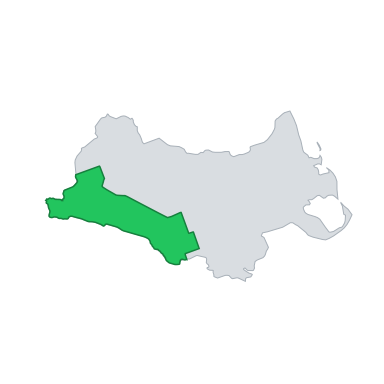 location of Chardzhou within Turkmenistan, rotated 160°
{"feature_id": "TKM-359", "entity_name": "Chardzhou", "entity_type": "Province", "adm_level": 1, "iso_a3": "TKM", "parent_name": "Turkmenistan", "parent_adm1": "", "projection": "equal_earth", "projection_center": [63.989, 39.075], "detail": "fine", "context": "in_parent", "style": "filled", "palette": "green", "viewbox_px": 384, "rotation_deg": 160, "n_neighbors": 0, "source": "natural_earth", "source_scale": "10m", "svg_char_len": 6492}
<svg xmlns="http://www.w3.org/2000/svg" viewBox="0 0 384 384"><g transform="rotate(160 192 192)"><path d="M118.8,127.9L134.8,128.8L139.7,129.5L141.8,127.2L141.7,126.6L141.0,126.1L139.9,124.5L139.1,113.9L140.6,112.3L142.2,111.2L144.7,107.9L145.9,106.9L147.8,106.0L153.9,105.8L156.5,105.1L158.8,101.3L159.3,99.1L161.0,97.4L161.9,97.4L166.0,98.9L166.9,99.7L168.2,102.5L169.8,102.3L170.0,101.8L169.8,101.2L168.7,99.5L166.2,96.3L163.8,94.4L163.6,93.7L165.8,92.1L170.1,92.8L171.2,92.3L172.4,89.8L178.0,95.4L179.0,96.0L183.6,96.7L184.4,97.5L185.8,100.8L187.4,101.7L189.3,102.3L197.4,102.4L199.9,104.6L200.3,105.1L199.8,106.7L199.6,109.6L198.9,110.8L199.3,111.3L202.2,112.5L203.9,114.5L204.0,115.3L203.5,115.8L202.2,115.6L201.5,116.4L201.5,118.0L202.4,119.4L202.7,120.8L201.2,123.9L201.2,125.2L201.6,125.9L208.9,130.6L210.0,130.7L217.2,129.9L218.5,130.4L224.7,131.4L226.4,131.3L227.6,129.8L228.8,129.2L229.9,129.1L232.8,130.1L235.9,132.1L238.0,134.0L239.0,135.6L241.7,144.8L243.6,148.6L245.8,150.5L247.3,154.1L248.6,162.0L249.5,163.6L252.8,166.8L270.2,179.6L275.4,185.4L283.6,191.0L286.6,190.4L293.0,196.3L297.0,198.6L302.3,202.2L313.3,210.3L315.7,210.6L318.3,209.5L320.7,210.1L324.8,212.2L329.3,215.4L333.1,216.4L334.2,217.8L334.3,218.6L332.2,222.5L331.9,227.6L332.2,234.4L331.2,234.5L323.7,232.6L316.6,228.4L314.9,229.8L314.1,231.2L312.3,237.1L302.7,237.4L297.1,240.3L292.0,259.6L290.8,262.0L287.7,265.1L282.2,268.2L281.3,269.5L281.1,270.6L280.4,271.0L277.4,271.0L265.7,275.2L263.2,275.2L262.1,275.6L261.7,276.3L263.0,280.2L261.9,281.3L261.2,283.2L260.6,286.6L252.9,291.9L251.3,292.5L248.2,292.0L246.6,292.5L244.9,294.2L244.2,293.7L243.8,292.0L243.0,290.9L238.2,286.7L232.7,287.3L230.7,287.0L229.0,286.3L226.5,283.8L225.0,281.5L223.2,281.8L222.8,280.7L222.7,279.4L223.2,277.9L223.1,275.0L222.2,272.9L221.1,272.0L222.4,268.6L222.4,266.1L221.6,263.4L221.4,259.5L221.6,255.6L220.6,253.7L204.5,253.8L198.9,244.9L196.6,242.8L188.6,239.1L186.5,237.0L184.7,234.8L184.3,231.8L183.5,230.0L182.2,229.7L176.0,226.2L173.5,225.3L170.1,226.2L168.1,225.2L165.7,226.5L164.7,226.6L162.1,225.8L159.1,222.6L156.5,221.3L151.0,219.3L147.1,218.7L143.7,217.5L143.3,217.0L143.3,214.3L142.9,213.2L141.9,211.9L140.6,210.9L134.7,211.0L132.0,210.0L129.9,209.8L125.2,210.0L123.7,210.7L122.7,211.6L122.1,214.2L121.6,214.6L117.0,214.6L107.4,214.0L103.2,215.4L96.8,219.4L93.1,222.8L92.0,224.3L89.6,230.3L88.6,231.1L87.3,231.8L86.1,231.9L80.2,234.3L78.0,234.9L72.3,234.6L71.3,225.7L71.1,218.7L72.2,209.0L72.2,202.8L73.5,193.4L73.3,191.1L70.6,187.0L70.3,184.1L68.5,184.0L65.7,181.5L63.0,180.6L61.5,180.6L60.2,181.2L59.2,182.6L58.6,180.4L58.8,178.2L61.3,173.4L62.6,174.8L64.3,175.4L68.7,175.1L68.3,173.5L66.2,171.8L65.8,169.7L66.1,167.5L66.8,165.4L66.2,164.6L65.2,164.0L62.8,164.1L56.7,163.3L55.9,165.8L57.4,169.0L54.8,165.3L53.1,161.5L52.1,157.1L52.2,152.4L54.9,144.8L57.3,135.4L59.5,139.3L61.1,141.1L64.8,142.2L66.7,141.9L68.7,140.9L70.6,141.2L73.4,145.3L75.5,145.7L80.0,144.2L82.1,143.8L83.9,144.5L85.8,144.6L85.1,142.7L84.8,140.8L86.0,139.8L89.4,140.9L92.3,139.8L92.8,139.3L93.1,137.7L92.9,134.6L92.3,133.2L90.8,131.3L84.8,126.8L82.8,125.0L81.2,122.7L78.8,113.6L77.0,107.7L76.1,107.0L72.6,106.5L65.7,108.0L63.3,107.7L62.1,108.3L59.2,110.7L57.8,112.8L55.7,117.7L57.0,119.2L55.5,127.4L55.9,130.9L55.7,131.1L53.9,126.8L51.3,122.5L49.4,115.9L53.7,111.6L57.4,108.5L61.2,106.2L65.2,104.7L74.0,102.3L78.9,101.5L82.8,101.3L85.7,102.8L93.6,108.1L97.0,111.0L97.9,112.2L98.8,115.1L104.3,124.3L105.7,125.7L107.8,128.6L110.0,129.5L118.8,127.9ZM57.6,195.0L57.4,196.3L56.4,192.5L56.1,188.3L56.9,187.2L57.6,187.2L56.8,188.7L57.6,195.0Z" fill="#d9dde1" stroke="#a8b0b8" stroke-width="1"/><path d="M325.1,233.7L324.8,233.7L324.4,233.4L324.1,233.1L323.5,232.3L323.1,231.9L318.5,230.1L318.1,229.8L317.9,229.6L317.7,229.4L317.4,228.5L317.2,228.4L316.8,228.3L316.5,228.2L316.5,228.6L316.3,229.3L316.1,229.5L315.2,229.5L314.9,229.6L314.6,229.8L314.4,230.0L314.2,230.5L313.9,231.0L313.7,231.6L313.6,232.2L313.8,233.4L313.8,234.0L313.7,234.5L313.5,234.9L312.9,235.5L311.9,236.9L311.2,237.3L310.9,237.3L302.2,237.6L300.7,238.1L296.9,240.2L296.3,240.7L295.9,241.4L295.8,242.5L296.2,244.5L296.3,245.6L296.1,246.5L295.3,248.0L290.5,248.0L286.3,248.0L280.5,248.0L275.6,248.0L270.7,248.0L270.1,247.9L269.9,247.1L269.7,234.6L270.5,233.8L270.9,233.4L271.7,232.1L274.5,228.3L274.2,227.1L271.5,223.5L264.4,215.1L263.0,214.3L258.3,212.3L256.2,211.5L254.4,209.8L247.9,202.6L231.3,184.4L227.5,180.3L224.4,177.0L223.7,176.3L219.6,176.0L210.2,176.7L209.3,176.6L209.2,176.4L209.2,171.5L209.2,163.0L209.2,154.9L209.1,154.6L209.1,154.3L208.8,154.2L204.8,154.1L204.5,154.0L204.4,153.9L204.4,153.6L204.6,136.4L219.4,136.4L219.6,135.8L219.8,135.4L219.9,130.9L219.9,130.4L220.0,130.2L220.2,130.5L220.3,130.7L221.5,130.5L221.8,130.5L223.9,132.0L224.7,132.3L225.5,132.3L226.2,131.9L226.7,131.3L227.1,130.5L227.6,130.2L227.8,129.3L228.1,128.7L228.6,128.5L229.3,128.6L231.3,129.1L233.0,129.8L237.5,133.1L237.9,133.6L239.3,136.0L239.5,136.5L239.6,137.0L239.6,138.9L239.7,139.3L239.5,139.5L239.7,140.0L240.4,142.2L240.6,143.4L240.7,144.0L241.0,144.3L241.6,145.1L241.8,145.4L242.2,147.1L242.5,147.6L243.3,148.6L243.4,148.9L243.5,149.5L244.1,150.0L245.1,150.3L246.7,151.3L246.9,151.5L247.0,152.6L247.1,153.1L247.6,154.2L247.8,154.7L247.8,155.2L247.8,155.9L247.9,156.4L248.5,157.8L248.6,158.4L248.5,158.9L248.3,159.3L248.2,159.9L248.3,160.5L248.6,162.0L248.8,162.7L250.3,164.6L250.5,164.7L251.7,165.9L254.0,167.6L256.8,169.6L260.1,172.0L266.8,176.9L269.6,178.9L270.9,180.2L273.1,183.3L274.3,184.6L276.6,186.3L279.4,188.4L282.7,190.8L283.3,191.1L283.9,191.2L284.4,191.1L286.0,190.3L286.6,190.2L287.1,190.5L287.7,191.4L288.9,192.9L293.2,196.6L295.9,198.2L298.9,199.3L300.2,200.2L303.0,202.8L304.9,204.6L307.7,206.5L309.8,207.9L313.1,210.3L314.5,210.8L315.9,210.7L316.5,210.4L317.4,209.5L318.0,209.3L318.7,209.4L320.8,210.4L322.2,210.6L322.7,210.9L324.0,212.0L325.4,212.4L326.0,212.7L326.6,213.3L327.6,214.6L329.7,215.6L330.3,215.8L331.9,215.8L332.7,216.0L333.4,216.4L334.1,216.9L334.4,217.6L334.6,218.2L333.9,219.7L332.7,221.3L332.0,222.6L332.0,223.7L332.2,225.8L332.1,226.9L331.7,228.7L331.6,229.7L331.9,230.5L332.3,230.8L332.6,231.2L332.7,231.7L332.4,232.2L332.0,232.6L331.7,233.1L331.7,233.6L332.2,234.0L331.8,234.2L331.5,234.6L331.2,234.9L331.0,235.1L330.8,235.1L330.5,235.0L330.2,234.5L330.0,234.4L329.5,234.5L328.1,235.0L327.6,234.9L327.1,234.6L326.8,234.2L326.6,234.1L326.3,234.0L326.0,233.7L325.8,233.7L325.1,233.7Z" fill="#22c55e" stroke="#15803d" stroke-width="1.5"/></g></svg>